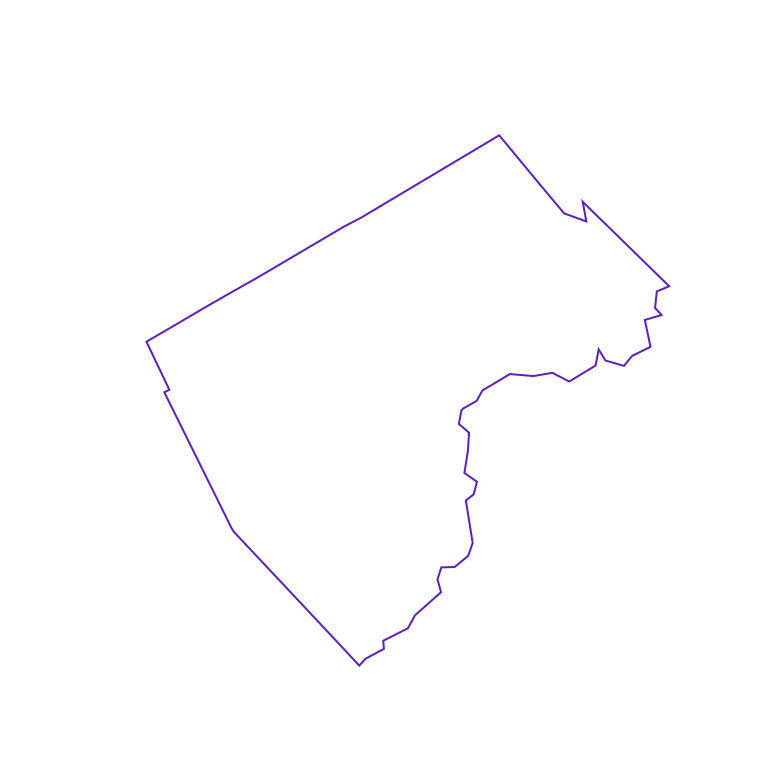 the district of Travis, Texas, United States of America, rotated 110°
{"feature_id": "52423323B39349585413380", "entity_name": "Travis", "entity_type": "district", "adm_level": 2, "iso_a3": "USA", "parent_name": "United States of America", "parent_adm1": "Texas", "projection": "mercator", "projection_center": [-97.765, 30.326], "detail": "fine", "context": "isolated", "style": "outline", "palette": "violet", "viewbox_px": 768, "rotation_deg": 110, "n_neighbors": 0, "source": "geoboundaries", "source_scale": "gbopen_adm2", "svg_char_len": 850}
<svg xmlns="http://www.w3.org/2000/svg" viewBox="0 0 768 768"><g transform="rotate(110 384 384)"><path d="M110.9,360.8L236.0,462.8L249.6,475.3L325.6,537.9L355.6,563.5L377.1,581.6L397.4,598.3L425.5,621.7L462.9,583.7L466.9,587.6L572.1,477.4L574.3,474.4L577.7,467.7L636.3,351.7L657.1,310.9L648.6,307.5L632.9,293.5L625.5,296.9L605.4,278.0L590.9,275.8L560.1,259.2L549.3,266.9L536.7,267.4L531.8,255.0L516.6,246.1L503.0,246.3L465.4,267.3L457.0,262.0L444.1,263.2L440.1,278.0L418.1,282.3L400.7,287.4L395.9,300.0L382.5,302.2L380.2,301.4L368.1,291.1L356.4,289.3L331.6,269.1L325.4,246.2L315.9,229.6L318.3,210.8L294.3,191.5L278.1,194.1L286.2,183.9L284.9,164.7L272.8,160.5L257.9,146.3L234.6,160.8L224.2,146.8L219.8,155.3L203.7,159.3L194.6,149.5L144.8,259.6L162.0,249.5L162.1,273.0L143.2,305.7L110.9,360.8Z" fill="none" stroke="#5b21b6" stroke-width="2"/></g></svg>